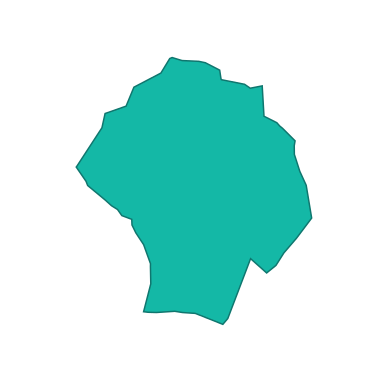 outline of Obi, Benue, Nigeria, rotated 302°
{"feature_id": "59680162B75172896497028", "entity_name": "Obi", "entity_type": "district", "adm_level": 2, "iso_a3": "NGA", "parent_name": "Nigeria", "parent_adm1": "Benue", "projection": "albers", "projection_center": [8.31, 7.01], "detail": "fine", "context": "isolated", "style": "filled", "palette": "teal", "viewbox_px": 384, "rotation_deg": 302, "n_neighbors": 0, "source": "geoboundaries", "source_scale": "gbopen_adm2", "svg_char_len": 851}
<svg xmlns="http://www.w3.org/2000/svg" viewBox="0 0 384 384"><g transform="rotate(302 192 192)"><path d="M96.1,288.3L103.7,289.4L166.5,277.0L162.9,298.2L174.2,302.1L189.1,302.2L208.1,305.1L228.6,306.9L233.3,307.3L258.2,285.3L266.7,272.4L276.1,261.3L278.1,258.9L285.4,254.2L290.0,252.3L294.0,235.0L294.5,231.2L295.7,227.3L294.4,212.9L319.2,195.3L310.9,186.4L311.2,179.5L303.0,157.9L302.9,157.2L303.6,156.4L310.0,150.9L308.7,134.8L306.4,128.5L298.2,113.9L295.5,103.9L293.4,102.4L276.4,102.6L250.1,87.2L229.9,90.6L212.5,76.7L198.7,81.6L153.1,80.7L151.8,80.6L144.9,96.5L142.2,100.1L139.2,122.6L137.7,131.0L137.7,138.1L134.8,145.0L136.9,155.4L132.2,158.6L127.6,166.0L121.7,178.9L109.2,194.8L107.0,196.1L92.3,205.7L64.8,214.4L66.8,218.6L70.9,225.6L81.7,240.6L84.8,247.9L90.8,259.1L96.1,288.3Z" fill="#14b8a6" stroke="#0f766e" stroke-width="1.5"/></g></svg>